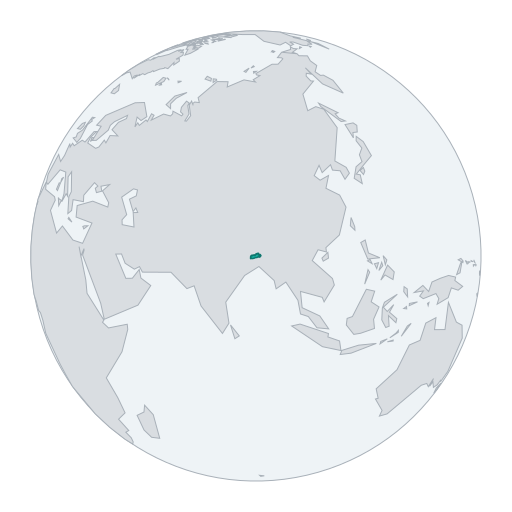 the Earth from above Meghalaya, rotated 344°
{"feature_id": "IND-2489", "entity_name": "Meghalaya", "entity_type": "State", "adm_level": 1, "iso_a3": "IND", "parent_name": "India", "parent_adm1": "", "projection": "orthographic", "projection_center": [91.449, 25.547], "detail": "fine", "context": "on_globe", "style": "filled", "palette": "teal", "viewbox_px": 512, "rotation_deg": 344, "n_neighbors": 0, "source": "natural_earth", "source_scale": "10m", "svg_char_len": 12175}
<svg xmlns="http://www.w3.org/2000/svg" viewBox="0 0 512 512"><g transform="rotate(344 256 256)"><circle cx="256" cy="256" r="225" fill="#eef3f6" stroke="#a8b0b8"/><path d="M342.1,47.8L340.9,47.5L349.5,53.8L359.1,59.0L351.6,55.9L374.3,68.8L383.4,77.3L368.9,65.9L364.2,63.5L368.3,68.0L364.3,66.6L364.0,68.2L358.9,66.3L350.8,60.6L347.4,59.5L350.5,62.8L347.3,63.5L343.3,58.7L337.3,59.8L322.8,51.8L316.2,42.9L304.0,39.4L286.1,33.3L283.5,33.4L275.1,32.0L269.0,31.8L267.5,31.3L264.0,31.6L266.6,32.1L265.9,32.6L262.6,32.7L260.0,31.9L261.3,31.7L258.7,31.6L258.9,31.3L256.9,31.5L254.2,31.0L251.9,31.8L245.5,31.6L245.1,31.3L251.7,30.9L257.5,30.7L274.8,31.5L292.1,33.6L309.1,37.1L325.8,41.8L342.1,47.8ZM366.8,63.5L364.1,61.2L368.1,64.0L366.8,63.5ZM364.8,68.7L366.8,69.9L365.8,70.3L364.8,68.7ZM357.1,68.0L354.8,68.6L355.7,66.9L357.1,68.0ZM252.9,30.7L251.7,30.8L244.1,31.0L252.9,30.7ZM352.6,68.2L347.2,70.2L351.2,72.9L336.8,67.2L346.2,67.0L346.7,64.4L349.1,66.9L352.6,68.2ZM268.9,32.3L265.9,31.7L271.5,32.2L268.9,32.3ZM272.6,32.6L290.5,34.6L293.2,35.9L286.6,34.7L292.5,36.8L285.0,36.4L280.1,35.2L279.8,34.3L277.1,34.9L272.6,32.6ZM329.7,64.0L327.2,63.9L328.3,63.0L329.7,64.0ZM266.1,32.8L269.5,32.9L272.0,34.0L265.7,34.0L266.9,33.6L266.1,32.8ZM297.8,37.7L298.6,38.8L292.7,38.7L292.2,39.2L285.1,36.5L297.8,37.7ZM264.6,33.4L262.4,34.1L258.1,33.8L262.9,32.8L264.6,33.4ZM275.3,34.3L276.2,34.9L273.7,34.5L275.3,34.3ZM241.8,33.8L245.8,33.4L247.5,33.9L241.8,33.8ZM261.8,34.4L263.3,34.5L264.4,34.7L262.1,35.2L261.8,34.4ZM281.4,36.8L278.8,36.7L284.0,37.8L279.8,38.1L275.8,36.4L275.8,37.3L274.5,37.4L272.7,36.0L281.4,36.8ZM263.1,36.5L256.6,35.0L248.8,35.3L247.1,34.8L260.0,34.5L263.1,36.5ZM268.9,36.2L264.9,36.2L264.8,35.4L267.5,34.9L268.9,36.2ZM278.4,39.0L285.8,39.0L286.5,39.4L278.4,39.0ZM260.9,36.6L262.5,37.0L260.3,36.7L260.9,36.6ZM273.0,38.4L275.6,38.2L276.2,38.7L273.0,38.4ZM263.6,38.1L261.5,37.5L263.2,37.1L263.6,38.1ZM267.9,38.3L268.2,39.0L265.1,37.3L269.0,38.2L267.9,38.3ZM273.2,38.8L274.4,39.1L272.0,38.8L273.2,38.8ZM258.3,40.4L254.0,38.3L257.8,37.2L261.5,39.3L258.3,40.4ZM62.4,140.8L74.7,127.1L72.2,133.9L78.7,143.5L78.4,147.0L71.0,155.5L70.6,179.0L78.2,173.8L84.4,190.2L92.8,196.0L107.4,179.1L93.8,169.0L98.0,158.2L114.2,158.3L127.0,168.1L129.1,164.2L126.4,151.1L135.0,147.0L126.2,146.2L125.6,151.2L120.1,151.1L120.2,146.6L123.3,145.2L121.0,141.0L107.2,150.1L105.1,156.2L95.7,151.4L91.3,161.4L86.8,163.4L92.4,147.5L96.2,143.3L102.0,124.2L97.2,128.1L91.4,146.6L90.7,143.8L84.2,150.3L88.6,143.2L96.3,122.9L91.5,119.2L75.7,129.7L74.9,127.3L78.7,120.1L94.3,104.0L94.2,111.3L99.7,106.6L108.1,96.6L107.4,100.0L110.8,97.1L111.6,99.9L120.9,96.8L123.0,99.3L134.6,91.8L137.2,92.4L129.6,96.4L125.4,101.0L131.5,108.3L135.0,107.9L142.1,102.8L142.9,105.9L148.9,100.0L156.3,102.5L152.4,94.9L160.6,89.6L169.4,88.2L171.3,85.4L157.0,87.9L152.0,90.2L148.7,94.3L134.3,100.8L130.5,99.8L142.9,88.6L138.9,86.3L150.3,79.4L182.0,75.4L191.1,77.7L189.5,92.0L182.8,94.1L180.0,89.7L175.2,98.5L179.1,95.4L179.8,98.3L187.8,94.9L188.6,96.8L194.8,90.5L196.8,92.6L192.8,96.5L206.3,94.1L212.4,97.8L215.1,96.4L216.1,93.9L223.2,100.8L224.9,99.5L223.2,96.7L225.3,92.5L231.9,88.0L234.0,90.6L231.9,92.5L230.7,101.1L224.8,106.5L226.3,107.2L231.9,103.1L233.4,92.6L236.8,89.3L237.1,93.9L237.2,92.0L239.5,91.1L243.8,92.9L244.0,87.8L266.7,77.6L277.2,80.8L274.9,85.6L293.0,83.4L303.5,88.6L301.9,85.8L309.5,83.7L306.3,82.0L306.2,80.6L324.2,76.1L330.1,77.7L336.1,73.9L335.3,72.6L331.3,71.2L336.8,67.2L351.2,72.9L352.4,75.3L360.6,77.8L362.0,83.4L366.9,89.6L363.6,95.2L367.8,100.2L370.6,100.7L378.4,108.3L384.8,123.5L367.4,108.9L355.3,88.7L359.2,96.4L354.7,94.2L353.8,96.9L356.9,102.8L359.5,103.7L345.7,113.3L345.8,130.6L354.6,128.9L361.6,133.6L369.4,155.0L358.0,186.4L367.1,195.6L368.6,202.1L362.7,206.8L360.4,197.3L353.2,194.5L352.8,188.8L342.6,194.1L341.6,186.2L334.1,194.8L338.5,200.8L347.9,198.6L341.9,210.2L353.2,220.5L356.0,233.8L341.9,258.8L325.5,267.2L324.8,271.5L317.4,267.1L308.8,275.9L323.3,298.7L323.3,305.5L308.8,318.9L308.3,314.0L289.0,302.3L286.1,318.4L300.8,331.2L305.8,346.1L294.8,341.8L289.6,328.6L282.8,324.0L284.1,310.1L277.5,289.3L266.3,293.1L266.7,284.6L255.9,266.9L239.7,271.6L214.2,292.0L211.5,313.1L202.4,321.2L189.4,288.9L188.3,267.6L180.6,268.3L169.8,248.2L142.4,240.2L141.1,234.1L135.4,235.1L128.2,226.9L127.3,217.0L121.7,215.5L124.7,241.6L131.0,243.3L140.0,236.8L139.3,245.5L146.7,255.4L129.0,270.7L92.7,275.0L93.7,258.6L89.6,207.3L92.3,203.1L92.4,202.5L92.7,201.5L87.6,207.9L88.5,198.2L85.8,232.1L83.3,245.3L92.1,275.7L90.2,277.4L94.4,284.5L113.4,286.1L112.5,291.2L100.8,311.1L78.5,331.9L84.1,354.1L86.9,370.7L78.9,375.0L85.6,388.7L82.3,389.5L86.0,396.4L86.7,400.9L85.7,402.7L79.6,396.1L68.1,380.3L58.0,363.5L43.6,330.8L40.6,318.4L37.9,305.9L32.6,272.4L33.4,259.2L33.2,251.0L32.0,248.4L32.3,238.6L32.1,235.9L32.0,231.7L34.3,215.8L37.8,200.0L42.3,184.6L48.0,169.5L54.7,154.9L62.4,140.8ZM61.7,143.0L59.6,146.5L61.7,143.0ZM136.0,189.0L146.7,194.5L149.9,180.4L154.3,181.6L153.8,176.7L150.1,179.4L150.0,166.5L157.5,165.2L160.3,159.8L156.8,157.7L143.1,162.4L143.1,180.6L137.2,184.3L136.0,189.0ZM128.8,80.5L126.4,83.4L122.1,85.8L119.5,84.3L125.7,80.7L128.8,80.5ZM123.9,87.2L137.0,77.5L139.1,78.5L135.7,79.5L135.8,81.1L130.3,83.2L119.6,94.5L115.1,97.4L112.8,92.1L116.0,92.0L118.2,88.9L123.9,87.2ZM166.6,56.1L172.2,53.4L169.5,59.0L164.5,61.0L161.6,59.2L165.8,55.9L166.6,56.1ZM236.1,32.0L238.4,31.7L239.1,31.8L237.7,32.1L236.1,32.0ZM223.4,33.1L233.2,31.9L239.2,31.4L232.4,32.1L232.2,32.4L233.9,32.4L243.3,32.3L256.2,31.9L258.0,32.8L255.8,33.5L253.0,33.7L252.7,33.0L249.2,33.8L246.6,33.0L243.6,33.6L226.6,33.9L228.4,33.4L216.2,35.0L216.3,34.5L224.2,33.3L215.2,34.5L222.3,33.3L219.1,33.8L223.4,33.1ZM229.6,49.7L230.5,47.4L222.9,51.6L220.2,49.7L219.5,50.3L215.0,49.8L208.3,50.5L208.1,49.4L205.6,50.2L202.5,50.2L199.0,51.0L197.4,49.5L192.9,50.5L194.7,49.3L187.4,51.5L192.1,49.3L188.6,49.4L185.9,51.5L185.7,44.5L182.0,44.3L176.3,45.7L185.1,42.4L195.9,39.4L206.4,37.6L208.7,38.7L212.3,37.4L214.4,37.6L210.7,38.6L217.7,37.3L218.5,37.9L227.9,38.2L237.4,36.7L241.1,37.1L237.7,37.9L243.7,37.7L239.9,39.7L242.4,40.1L241.2,42.8L233.3,44.8L236.7,45.1L236.0,47.6L229.6,49.7ZM257.7,41.1L248.8,43.1L243.0,43.3L247.6,38.6L245.8,38.0L248.5,35.6L256.9,35.7L255.3,36.3L255.8,36.9L253.0,36.6L255.5,37.3L253.5,38.3L254.9,39.2L251.6,39.6L257.7,41.1ZM82.1,145.3L82.6,147.1L84.3,148.8L80.3,153.2L82.1,145.3ZM87.0,131.4L88.1,132.0L83.2,138.4L82.6,136.8L87.0,131.4ZM92.8,127.2L88.5,131.5L90.5,128.2L92.8,127.2ZM131.0,96.9L132.7,97.5L131.2,99.0L128.4,100.3L131.0,96.9ZM206.5,64.1L207.9,62.2L209.4,62.1L216.0,58.8L218.5,60.3L215.5,62.9L206.5,64.1ZM102.7,180.6L97.9,182.5L97.7,179.8L99.4,179.7L102.7,180.6ZM86.7,167.3L88.4,172.7L85.6,168.4L86.7,167.3ZM210.3,65.2L212.7,63.6L212.5,65.4L210.3,65.2ZM220.6,61.3L221.0,63.1L219.6,60.1L220.6,61.3ZM199.0,467.8L203.4,469.6L199.8,469.1L199.0,467.8ZM113.5,380.2L113.2,404.7L105.7,401.5L100.4,392.4L97.8,376.4L105.3,375.1L107.8,368.7L113.5,380.2ZM358.6,374.7L364.7,374.6L364.4,375.5L358.6,374.7ZM352.4,372.5L359.4,371.8L351.0,374.7L352.4,372.5ZM362.1,371.5L369.3,368.7L372.4,366.7L371.7,368.6L362.1,371.5ZM347.6,373.2L320.6,375.6L309.8,373.9L312.5,370.4L330.0,370.0L347.6,373.2ZM311.6,370.3L294.9,361.5L271.0,333.1L279.6,333.6L304.3,350.5L302.8,353.6L312.9,360.7L311.6,370.3ZM351.6,349.2L349.9,358.3L335.2,359.1L328.4,358.3L323.8,347.2L326.4,341.1L332.0,340.8L352.9,318.4L360.4,322.5L354.1,331.8L360.2,338.9L351.6,349.2ZM212.5,315.2L217.9,328.2L212.9,329.7L212.5,315.2ZM360.8,302.9L352.7,313.0L359.9,300.0L360.8,302.9ZM364.7,290.9L365.5,295.4L361.8,291.4L364.7,290.9ZM325.1,278.0L319.2,279.5L318.8,276.2L326.1,272.3L325.1,278.0ZM358.0,245.2L359.0,255.0L358.2,258.5L355.0,252.9L358.0,245.2ZM234.8,79.8L222.8,82.4L215.9,86.1L214.5,90.8L211.3,85.7L222.1,79.9L234.8,79.8ZM262.6,77.4L263.7,73.9L266.6,75.1L266.8,76.1L262.6,77.4ZM260.8,75.5L255.8,71.9L258.7,69.8L262.1,73.0L260.8,75.5ZM232.6,67.5L228.9,68.0L229.2,66.4L232.6,67.5ZM389.1,436.8L392.9,432.6L398.6,429.2L392.9,434.3L389.1,436.8ZM379.2,425.8L338.5,443.9L330.5,443.9L334.6,439.2L331.4,426.4L334.2,426.4L334.9,416.8L360.2,404.2L378.9,383.8L390.5,382.3L400.7,367.3L412.0,364.9L407.3,376.0L417.4,378.8L428.2,353.6L430.4,374.8L435.0,379.3L431.6,391.8L408.6,419.8L399.1,427.4L399.1,426.4L394.6,429.8L390.3,431.2L391.4,425.7L386.9,429.1L392.9,422.7L385.6,429.1L385.0,425.6L379.2,425.8ZM457.8,353.2L458.5,352.8L458.1,354.9L457.3,355.9L457.8,353.2ZM466.0,334.6L466.0,335.5L465.5,336.5L466.0,334.6ZM465.9,334.6L466.9,331.6L466.2,334.0L465.9,334.6ZM464.3,326.4L465.0,324.6L465.2,325.3L464.3,326.4ZM373.5,373.2L382.2,365.0L386.6,363.5L373.5,373.2ZM463.8,324.5L462.2,325.6L462.5,324.2L463.8,324.5ZM464.2,321.4L464.3,319.7L464.7,323.2L464.2,321.4ZM461.5,319.7L463.2,321.4L461.3,320.3L461.5,319.7ZM460.3,321.0L458.8,320.7L459.0,320.0L460.3,321.0ZM440.4,334.4L446.3,342.2L440.9,344.6L435.0,340.5L429.2,349.0L416.8,352.3L420.0,347.3L418.6,341.7L405.0,343.1L402.3,339.7L407.3,335.7L398.0,334.7L408.3,330.3L412.2,337.7L418.0,329.5L427.3,328.2L435.8,327.8L442.1,331.3L440.4,334.4ZM407.8,348.8L409.5,348.3L407.8,351.2L407.8,348.8ZM456.0,318.0L458.1,320.6L457.8,321.8L456.7,321.9L456.0,318.0ZM443.7,329.2L450.8,319.1L452.3,318.4L447.5,328.4L443.7,329.2ZM449.3,315.4L452.3,314.8L453.7,317.9L453.1,319.3L449.3,315.4ZM386.8,346.0L386.3,348.4L383.5,347.2L386.8,346.0ZM390.4,343.9L398.6,344.6L389.6,346.0L390.4,343.9ZM364.3,340.3L366.9,345.5L375.0,340.7L368.8,346.8L374.1,355.0L372.1,358.7L366.9,349.8L364.6,360.2L361.0,360.5L359.3,352.1L363.1,340.9L366.7,335.9L381.3,331.7L364.3,340.3ZM390.5,337.1L388.2,331.0L389.9,326.3L392.3,329.3L390.5,337.1ZM381.2,316.4L374.8,309.8L369.3,313.6L380.0,301.0L384.5,309.4L381.2,316.4ZM375.2,300.3L370.1,303.8L375.1,296.7L375.2,300.3ZM368.6,301.4L367.7,296.1L371.9,296.2L368.6,301.4ZM377.9,300.1L378.3,290.7L380.7,295.8L377.9,300.1ZM364.9,284.1L374.6,291.8L362.6,289.7L360.4,271.9L365.4,270.7L364.9,284.1ZM381.8,207.3L379.6,202.5L383.6,200.5L384.0,204.4L381.8,207.3ZM394.6,191.3L384.0,198.5L375.0,204.9L378.6,206.7L378.1,215.7L371.8,208.4L376.8,197.8L383.9,194.5L383.3,187.2L387.5,181.4L384.0,172.8L385.3,168.6L390.6,175.6L394.6,191.3ZM382.2,169.3L377.8,154.2L386.0,154.8L388.9,158.2L387.5,164.7L383.2,164.0L382.2,169.3ZM379.1,150.8L374.9,150.2L359.5,130.2L358.3,126.3L374.4,140.9L371.3,141.1L373.6,146.2L379.1,150.8ZM328.9,65.2L327.4,64.0L329.9,64.8L328.9,65.2ZM304.2,79.7L304.4,77.9L307.4,78.6L304.2,79.7ZM306.5,73.5L303.0,73.9L305.9,72.4L306.5,73.5ZM295.4,75.2L301.2,73.5L296.9,76.7L295.4,75.2Z" fill="#d9dde1" stroke="#a8b0b8" stroke-width="1"/><path d="M259.3,258.1L259.2,258.0L259.1,257.9L258.9,257.8L258.7,257.8L258.7,257.7L258.4,257.6L258.2,257.5L258.1,257.4L257.9,257.5L257.6,257.4L257.2,257.5L256.9,257.6L256.7,257.7L256.4,257.6L256.2,257.6L255.9,257.6L255.4,257.4L255.2,257.4L254.9,257.4L254.3,257.5L254.2,257.5L253.8,257.6L253.7,257.6L253.4,257.5L253.2,257.5L252.9,257.5L252.6,257.5L252.3,257.6L252.1,257.5L251.9,257.4L251.3,257.3L250.5,257.0L250.4,257.0L250.2,257.0L250.2,256.9L250.1,256.6L250.2,256.4L250.3,256.4L250.5,256.3L250.5,256.2L250.5,255.9L250.8,255.9L250.9,255.7L250.7,255.6L250.7,255.4L250.7,255.2L250.8,255.1L250.8,254.9L251.0,254.7L251.3,254.4L251.6,254.3L251.9,254.3L252.0,254.3L252.1,254.2L252.3,254.1L252.5,254.2L252.8,254.3L252.8,254.5L253.0,254.4L253.1,254.5L253.2,254.4L253.3,254.4L253.5,254.4L253.6,254.5L253.8,254.4L254.1,254.4L254.3,254.4L254.3,254.5L254.5,254.5L254.5,254.8L254.8,254.8L255.0,254.7L255.1,254.8L255.1,255.0L255.1,255.3L255.3,255.3L255.4,255.2L255.5,255.0L255.6,254.9L255.9,254.8L256.1,254.8L256.3,254.7L256.2,254.7L256.3,254.4L256.4,254.2L256.5,254.1L256.7,254.3L256.6,254.5L256.8,254.5L256.9,254.4L257.0,254.3L257.0,254.2L257.2,253.9L257.3,253.9L257.5,254.0L257.8,254.0L258.0,254.0L258.4,253.9L258.5,253.9L258.8,253.9L258.9,254.0L258.6,254.2L258.6,254.3L258.7,254.5L258.6,254.8L258.5,255.0L258.5,255.4L258.6,255.5L258.6,255.4L258.8,255.3L259.1,255.3L259.1,255.2L259.3,255.2L259.5,255.3L259.8,255.5L260.1,255.8L260.3,255.7L260.4,255.8L260.2,256.0L260.1,256.3L260.3,256.4L260.4,256.5L260.6,256.6L260.8,256.8L260.8,257.0L260.4,257.4L260.3,257.5L260.2,257.5L259.9,257.6L260.0,257.6L259.9,257.6L259.7,257.8L259.4,258.0L259.3,258.1Z" fill="#14b8a6" stroke="#0f766e" stroke-width="1.5"/></g></svg>